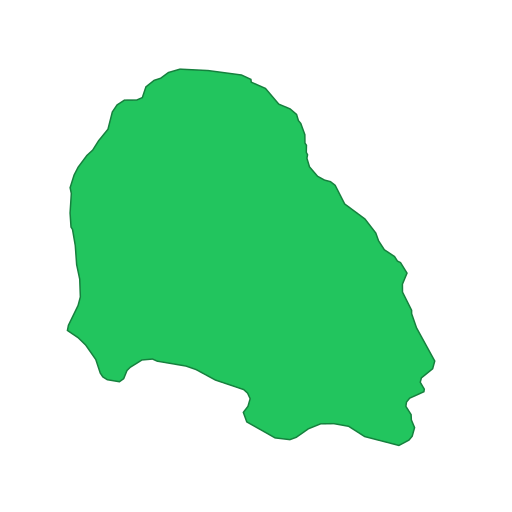 San Diego, Zacapa, Guatemala (Albers equal-area conic projection), rotated 191°
{"feature_id": "79465075B11427655280903", "entity_name": "San Diego", "entity_type": "district", "adm_level": 2, "iso_a3": "GTM", "parent_name": "Guatemala", "parent_adm1": "Zacapa", "projection": "albers", "projection_center": [-89.764, 14.795], "detail": "fine", "context": "isolated", "style": "filled", "palette": "green", "viewbox_px": 512, "rotation_deg": 191, "n_neighbors": 0, "source": "geoboundaries", "source_scale": "gbopen_adm2", "svg_char_len": 1452}
<svg xmlns="http://www.w3.org/2000/svg" viewBox="0 0 512 512"><g transform="rotate(191 256 256)"><path d="M79.6,97.3L70.7,104.5L68.3,108.9L67.6,117.8L72.2,124.7L73.5,129.9L80.2,137.0L80.4,141.4L78.0,145.8L65.3,154.8L65.4,157.4L70.7,163.4L70.4,167.9L61.1,179.0L60.5,187.0L84.8,216.2L92.2,229.0L92.9,232.4L105.3,248.5L106.9,256.3L104.5,268.0L112.9,277.1L116.2,278.0L119.9,281.9L131.2,286.6L138.6,294.3L142.8,301.4L156.1,313.1L178.9,324.0L191.8,340.5L197.1,343.2L203.3,343.6L210.8,346.0L220.5,353.7L224.7,361.7L224.7,365.2L226.4,367.3L227.6,374.3L229.5,376.2L231.2,384.4L237.3,394.6L240.2,397.0L243.2,402.7L250.6,406.9L262.6,409.4L278.7,422.3L293.8,425.7L294.7,428.4L304.8,430.9L338.4,428.9L366.3,424.9L377.0,419.4L383.5,412.3L389.5,409.0L396.3,401.1L397.8,389.8L402.9,386.3L414.9,383.9L421.2,377.8L424.5,370.0L425.5,352.2L432.5,339.1L436.5,328.8L441.2,322.4L447.5,309.3L450.0,300.8L451.5,287.6L449.2,282.1L446.7,262.7L443.1,249.1L441.2,247.1L435.4,231.8L430.4,213.3L424.6,199.6L420.6,182.3L421.2,173.5L426.9,152.2L426.9,146.9L414.9,141.8L406.2,136.1L393.5,123.8L386.5,111.3L383.3,108.1L378.4,106.2L366.1,106.5L362.5,110.3L360.8,119.0L358.3,122.7L348.1,132.2L337.9,135.1L332.8,133.9L303.7,134.6L293.2,133.1L272.2,126.5L242.5,122.5L238.1,119.8L234.5,114.8L235.2,106.9L238.6,100.1L233.4,91.4L202.6,81.1L187.7,82.2L181.9,85.7L171.6,96.4L160.5,103.6L147.5,106.3L132.6,106.5L114.9,99.5L79.6,97.3Z" fill="#22c55e" stroke="#15803d" stroke-width="1.5"/></g></svg>